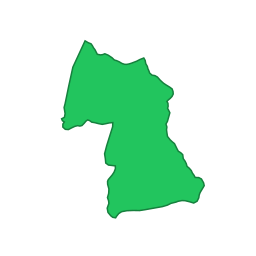 Nova Palmeira, Paraíba, Brazil, rotated 242°
{"feature_id": "56859067B19664116937199", "entity_name": "Nova Palmeira", "entity_type": "district", "adm_level": 2, "iso_a3": "BRA", "parent_name": "Brazil", "parent_adm1": "Paraíba", "projection": "albers", "projection_center": [-36.429, -6.675], "detail": "fine", "context": "isolated", "style": "filled", "palette": "green", "viewbox_px": 256, "rotation_deg": 242, "n_neighbors": 0, "source": "geoboundaries", "source_scale": "gbopen_adm2", "svg_char_len": 1886}
<svg xmlns="http://www.w3.org/2000/svg" viewBox="0 0 256 256"><g transform="rotate(242 128 128)"><path d="M57.1,83.1L55.5,88.2L52.7,94.0L49.7,99.4L47.9,104.6L42.4,121.6L41.4,126.6L41.3,130.6L40.0,135.7L39.8,137.7L38.6,141.6L37.0,144.3L33.9,147.8L30.9,150.8L30.9,154.6L33.1,157.7L35.4,159.4L37.1,161.3L41.3,168.2L44.1,169.0L48.5,168.9L51.0,167.2L52.8,164.1L55.3,164.1L58.1,163.7L60.6,163.9L63.8,163.2L66.4,162.1L69.1,162.7L71.9,162.8L75.0,162.4L78.8,163.8L81.3,163.0L83.9,161.5L86.7,161.5L89.3,161.6L92.4,161.7L95.0,160.6L98.0,159.6L102.0,158.9L105.5,160.1L108.4,161.2L110.6,162.8L113.7,163.4L115.3,165.9L117.5,168.0L119.9,170.3L121.8,172.1L124.3,172.2L126.8,172.2L128.3,173.6L131.1,174.9L133.2,174.8L133.9,176.9L134.3,179.1L135.2,181.7L136.8,183.9L139.1,184.9L141.8,185.3L144.5,184.0L148.2,181.8L150.8,180.4L152.7,179.7L155.4,178.8L159.2,177.9L161.7,176.3L163.3,174.1L166.3,172.9L168.9,173.3L171.0,173.4L173.3,174.0L176.5,173.9L179.7,174.9L182.4,174.8L182.9,170.5L182.9,167.1L183.6,161.5L184.1,158.9L184.8,156.7L185.9,154.8L187.8,153.0L190.6,151.3L192.9,149.5L194.4,147.9L197.5,146.9L201.6,144.7L204.4,142.4L204.7,140.1L205.4,138.1L207.5,135.5L212.6,135.6L215.0,135.2L217.4,135.2L219.7,134.9L221.9,133.0L225.1,131.0L207.6,107.9L192.9,95.4L178.9,83.8L176.1,81.2L173.1,80.2L170.2,79.2L167.3,76.9L167.3,73.7L165.2,73.5L163.2,74.6L162.1,72.4L159.4,70.9L156.3,72.0L154.6,74.6L154.6,78.2L154.4,81.9L153.7,84.7L152.3,86.4L151.8,88.5L152.7,91.4L153.8,94.1L154.1,96.2L152.5,97.6L150.2,98.7L148.2,101.3L145.8,103.9L143.3,107.0L142.2,110.5L141.3,113.8L139.9,117.1L136.3,115.0L122.4,100.9L116.2,95.2L111.6,93.6L107.5,91.9L104.5,93.3L100.5,99.0L97.9,97.7L95.5,94.9L93.9,91.9L91.7,86.4L90.5,84.9L87.9,83.6L83.1,82.5L79.3,80.2L76.2,77.2L72.9,76.7L70.4,75.7L67.0,72.0L62.8,70.7L58.5,71.6L56.3,72.6L54.5,74.9L55.5,76.6L56.8,79.6L57.1,83.1Z" fill="#22c55e" stroke="#15803d" stroke-width="1.5"/></g></svg>